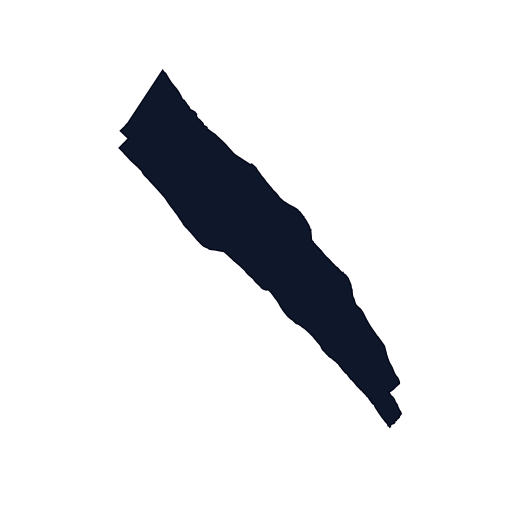 outline of Ibanesti, Vaslui, Romania, rotated 160°
{"feature_id": "2599482B62946282817270", "entity_name": "Ibanesti", "entity_type": "district", "adm_level": 2, "iso_a3": "ROU", "parent_name": "Romania", "parent_adm1": "Vaslui", "projection": "albers", "projection_center": [27.597, 46.426], "detail": "fine", "context": "isolated", "style": "filled", "palette": "ink", "viewbox_px": 512, "rotation_deg": 160, "n_neighbors": 0, "source": "geoboundaries", "source_scale": "gbopen_adm2", "svg_char_len": 6063}
<svg xmlns="http://www.w3.org/2000/svg" viewBox="0 0 512 512"><g transform="rotate(160 256 256)"><path d="M347.6,404.3L345.3,399.5L344.3,396.6L343.6,395.2L340.8,388.5L337.7,382.5L337.0,381.3L336.4,380.2L335.4,377.7L334.7,376.6L334.4,375.8L334.1,375.1L333.9,373.0L333.5,371.4L333.1,369.9L330.9,365.5L330.5,364.6L330.1,363.1L327.3,356.6L325.7,352.7L323.4,346.9L322.4,344.2L321.8,343.0L320.8,339.3L320.0,335.8L318.8,331.3L318.2,330.0L317.9,328.7L317.4,327.1L316.8,324.9L316.1,323.1L315.4,320.5L314.8,317.5L314.4,316.1L314.2,315.7L313.8,313.6L313.4,312.7L313.3,312.3L313.3,311.5L313.2,310.4L313.1,310.0L312.5,308.7L312.3,307.9L311.9,306.9L311.1,305.7L310.8,304.7L310.6,304.3L309.8,302.2L309.5,301.8L308.9,300.0L308.4,299.0L308.0,297.6L307.5,296.4L305.4,290.7L304.6,289.1L303.6,286.7L302.1,283.7L301.7,283.1L299.7,281.1L298.4,280.0L297.8,278.9L296.9,278.0L291.2,275.2L289.3,273.9L287.2,272.7L285.4,271.8L284.4,271.0L282.0,266.7L280.3,263.2L279.7,262.3L278.8,260.4L278.4,259.3L277.9,258.5L277.5,258.1L276.2,255.6L275.1,253.9L272.2,248.3L271.0,245.8L270.6,243.9L269.7,241.7L266.1,235.3L265.8,233.7L264.9,231.3L262.4,226.6L261.7,224.5L261.3,223.7L260.8,223.0L259.7,221.9L258.7,221.1L257.8,220.6L257.3,220.4L256.3,220.4L255.9,220.2L255.6,219.6L254.2,216.6L253.5,214.2L253.0,212.8L252.7,211.3L251.6,208.1L250.7,204.5L250.0,199.4L249.8,198.9L249.5,198.3L249.4,197.0L248.6,194.2L246.8,188.9L245.8,186.9L244.6,184.9L243.6,183.6L243.1,182.7L241.5,179.3L241.3,179.0L240.7,178.5L240.0,178.1L238.6,176.5L236.8,173.9L236.7,173.5L236.3,172.9L235.2,171.6L234.9,171.1L231.8,165.3L231.5,164.3L231.0,163.4L229.7,160.6L229.0,158.2L228.3,156.6L227.5,154.1L226.9,152.8L225.9,150.0L225.7,148.4L225.8,147.8L225.7,147.1L225.3,144.9L224.8,143.9L224.4,143.2L223.6,141.2L223.2,140.1L222.1,137.9L221.7,136.6L221.4,136.2L220.0,134.6L219.1,133.1L218.9,132.6L218.0,131.1L216.9,129.5L216.5,128.6L216.2,127.9L215.8,127.2L215.3,126.7L215.2,126.3L215.0,124.6L213.7,121.0L213.4,119.7L212.5,117.6L212.4,117.1L211.6,115.2L211.0,114.7L210.6,113.9L209.9,111.1L209.5,109.9L209.2,109.2L209.1,108.3L208.9,107.8L208.2,107.4L208.0,106.8L207.9,105.8L207.1,104.9L206.7,103.2L205.2,98.9L204.6,97.8L204.0,96.4L203.9,96.0L203.7,95.8L203.1,94.4L202.8,94.5L202.4,93.6L202.0,92.1L200.2,88.2L199.8,87.0L199.7,86.2L199.3,85.7L198.6,84.9L198.5,83.2L198.3,82.4L197.5,79.9L197.4,78.9L196.5,76.9L195.9,76.3L195.6,75.8L195.6,73.6L195.4,72.3L194.9,70.6L194.4,68.1L194.1,67.0L193.9,65.9L193.6,65.1L192.5,60.7L191.9,59.2L191.0,56.2L189.9,53.8L189.7,52.9L189.9,51.2L189.7,51.0L189.4,51.0L188.9,50.6L188.8,50.2L188.8,49.6L188.5,49.8L188.1,49.7L188.1,49.9L188.2,50.4L186.8,51.4L186.1,51.6L185.4,51.7L184.4,51.5L183.0,51.8L182.4,52.4L182.4,53.5L182.2,53.7L181.9,53.6L180.3,53.5L180.1,53.7L180.0,54.1L179.3,54.6L178.0,54.8L176.9,55.3L176.6,55.5L176.2,56.5L175.9,56.5L174.6,57.5L174.2,57.8L173.5,58.0L173.6,58.4L173.4,59.9L173.6,60.6L174.0,61.6L174.3,65.0L174.4,66.5L174.2,67.4L174.2,67.8L174.8,69.7L175.1,71.2L175.1,74.0L175.2,74.5L175.7,75.9L175.7,76.3L176.0,76.9L176.7,78.0L177.0,78.7L177.5,80.7L177.7,82.7L177.4,82.7L175.3,83.1L172.2,84.0L169.9,85.2L165.0,87.1L164.9,87.2L164.5,88.5L164.4,90.0L164.4,91.4L164.5,92.4L164.7,93.3L165.6,95.7L166.1,98.4L166.2,100.8L166.2,101.3L166.3,104.6L166.7,107.2L167.2,109.9L167.3,110.4L167.3,114.9L167.2,116.1L167.2,117.9L167.1,119.2L166.9,120.2L166.7,123.0L166.6,123.5L166.4,125.9L166.2,126.9L166.5,128.7L168.8,136.8L169.1,137.9L169.9,139.8L170.9,143.9L171.8,147.0L172.3,149.2L172.6,150.0L172.9,151.6L173.3,153.5L174.3,159.7L174.5,161.7L174.6,163.0L175.0,166.1L175.2,167.2L175.8,169.6L176.2,170.6L177.2,172.3L178.6,175.1L178.9,176.2L179.1,178.0L179.0,178.8L178.8,180.8L178.7,181.9L178.8,182.7L179.1,184.7L178.9,185.9L178.4,188.2L177.5,191.0L177.4,191.9L177.5,193.4L177.4,194.1L177.0,195.4L176.8,196.7L177.1,201.9L177.1,202.6L177.2,203.8L178.0,206.2L178.7,207.9L180.2,209.8L180.3,210.1L180.3,210.4L180.0,210.7L180.7,210.9L181.0,211.2L182.3,213.8L183.4,216.9L184.4,218.2L184.9,218.8L185.1,219.3L185.4,220.3L187.3,224.2L187.4,224.8L189.0,228.5L189.9,230.2L190.5,231.0L190.7,231.8L190.9,232.3L191.4,233.2L191.5,233.6L191.9,234.7L192.1,235.5L192.7,237.0L192.9,238.2L193.2,239.0L193.9,240.2L194.3,241.4L196.2,245.5L196.8,247.4L197.4,248.1L197.6,248.5L197.6,249.0L197.5,249.5L197.5,249.8L198.1,250.8L198.3,251.3L198.4,251.7L198.3,252.3L198.2,253.2L197.7,255.1L197.2,256.3L197.0,257.6L196.3,259.7L196.3,260.5L195.5,261.8L195.7,262.2L196.0,262.7L196.1,263.5L196.2,263.8L195.9,264.5L196.1,267.3L196.5,269.1L196.7,270.6L197.2,273.3L197.8,275.0L198.0,275.9L197.7,276.5L198.4,277.4L198.7,278.9L199.4,280.6L199.5,281.5L199.6,281.9L200.7,283.6L201.0,284.8L201.4,285.5L202.3,286.8L204.1,289.0L207.3,292.4L209.3,294.9L209.8,295.8L211.1,297.2L212.1,298.8L212.9,300.5L213.3,301.2L213.8,301.9L214.3,303.1L214.4,304.0L214.8,305.4L215.9,308.4L217.8,312.2L218.3,314.3L219.5,317.2L220.4,319.9L220.9,320.9L221.6,323.2L221.7,324.0L222.0,324.7L222.4,326.2L223.8,329.6L223.9,330.5L224.7,333.5L225.5,335.9L225.9,338.5L226.2,339.3L227.7,342.2L228.4,343.2L228.5,343.7L228.8,343.9L230.1,343.6L241.1,358.2L242.1,360.0L242.6,361.2L245.9,369.4L245.9,369.7L247.8,373.9L249.1,376.6L249.8,377.6L250.5,379.3L251.6,381.2L252.3,382.8L253.0,384.2L255.3,387.3L255.9,388.3L257.0,389.8L257.9,391.4L258.5,392.1L258.5,392.9L258.1,393.6L259.1,395.0L259.8,395.6L260.7,396.6L260.6,397.9L260.5,398.1L260.7,399.2L262.7,403.8L263.6,404.5L263.8,405.5L264.2,407.8L264.2,408.3L264.0,408.7L263.4,409.4L263.4,409.8L263.8,410.5L264.4,412.4L266.4,414.7L267.0,415.2L267.8,416.4L268.1,417.1L268.1,417.8L268.0,418.2L268.0,418.7L268.8,421.1L269.1,421.7L269.3,422.6L269.4,423.4L269.7,424.5L270.1,425.4L270.2,426.5L271.1,427.5L271.7,428.8L271.9,430.3L272.0,432.8L272.4,434.5L272.5,435.7L273.5,439.7L274.1,441.5L275.1,443.9L275.7,446.0L276.3,447.4L276.9,450.0L277.3,451.7L277.7,453.9L278.1,455.9L278.3,457.4L279.0,459.4L279.8,460.6L280.1,461.6L280.2,462.4L330.1,425.3L330.1,425.1L330.8,424.7L333.3,423.6L334.1,422.9L335.5,422.2L340.6,420.0L336.7,412.1L335.4,410.3L339.6,408.0L341.5,407.2L347.6,404.3Z" fill="#0f172a" stroke="#020617" stroke-width="1.5"/></g></svg>